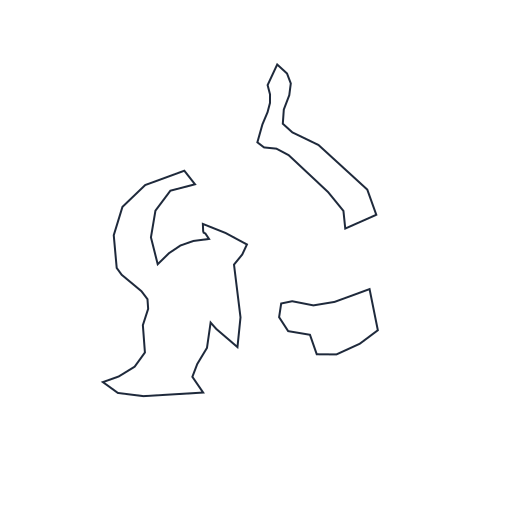 the border of Penghu, rotated 115°
{"feature_id": "TWN-3414", "entity_name": "Penghu", "entity_type": "County", "adm_level": 1, "iso_a3": "TWN", "parent_name": "Taiwan", "parent_adm1": "", "projection": "orthographic", "projection_center": [119.557, 23.598], "detail": "fine", "context": "isolated", "style": "outline", "palette": "slate", "viewbox_px": 512, "rotation_deg": 115, "n_neighbors": 0, "source": "natural_earth", "source_scale": "10m", "svg_char_len": 1099}
<svg xmlns="http://www.w3.org/2000/svg" viewBox="0 0 512 512"><g transform="rotate(115 256 256)"><path d="M402.1,246.2L430.6,298.8L438.5,323.3L435.0,341.5L423.2,329.5L407.6,319.2L390.4,315.9L366.5,329.3L349.5,331.4L341.0,336.1L336.3,345.0L329.8,369.8L325.7,377.2L297.3,393.7L267.9,397.8L238.5,386.4L209.0,357.0L216.8,341.6L233.0,361.2L257.4,366.3L283.5,359.1L305.0,341.6L290.1,336.0L278.4,328.9L268.9,319.2L260.4,305.8L257.0,311.4L257.0,313.3L255.8,314.4L249.4,317.7L248.0,293.3L249.4,269.1L260.4,269.1L273.1,272.3L318.2,244.1L346.4,234.3L338.9,261.2L335.5,269.0L360.0,261.6L378.7,263.6L392.4,262.6L402.1,246.2ZM129.0,246.2L148.8,183.2L167.8,164.4L193.4,186.7L178.2,195.8L167.6,217.7L150.8,269.0L150.1,282.9L154.2,294.6L152.4,302.8L134.0,305.8L120.8,306.3L111.4,308.0L103.6,311.6L96.2,317.7L73.5,317.7L77.5,305.0L84.9,297.4L96.2,293.8L111.5,292.7L124.8,287.6L128.6,275.3L129.0,246.2ZM281.7,204.1L276.5,183.1L264.4,165.4L238.0,139.1L271.8,114.2L291.7,124.9L311.2,141.5L319.4,159.4L304.6,173.8L310.5,195.1L301.7,209.2L288.4,213.1L281.7,204.1Z" fill="none" stroke="#1e293b" stroke-width="2"/></g></svg>